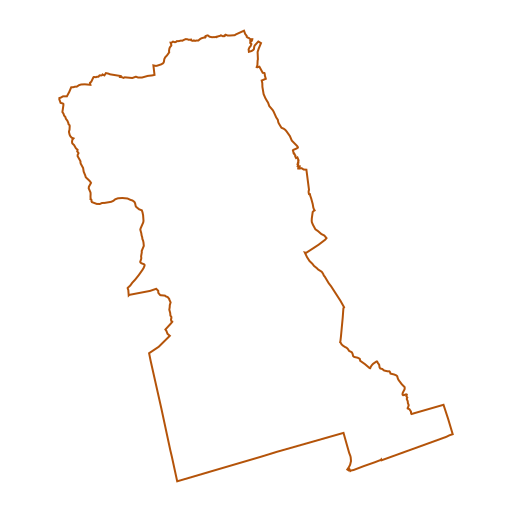 Ceptura, Prahova, Romania (Equal Earth projection)
{"feature_id": "2599482B71736492781600", "entity_name": "Ceptura", "entity_type": "district", "adm_level": 2, "iso_a3": "ROU", "parent_name": "Romania", "parent_adm1": "Prahova", "projection": "equal_earth", "projection_center": [26.322, 45.023], "detail": "fine", "context": "isolated", "style": "outline", "palette": "amber", "viewbox_px": 512, "rotation_deg": 0, "n_neighbors": 0, "source": "geoboundaries", "source_scale": "gbopen_adm2", "svg_char_len": 5858}
<svg xmlns="http://www.w3.org/2000/svg" viewBox="0 0 512 512"><path d="M452.7,434.2L448.1,418.8L443.5,404.8L411.5,414.0L411.0,413.0L411.0,411.7L410.7,411.2L409.4,409.2L407.7,408.5L407.6,408.2L408.2,406.9L408.7,405.1L407.9,403.2L407.7,401.1L406.8,399.2L406.8,398.7L407.3,397.5L406.4,396.4L406.8,394.6L406.1,394.3L404.0,395.1L403.1,395.2L402.6,394.7L402.5,394.0L402.8,392.7L404.6,389.2L404.7,388.1L404.6,387.1L401.8,384.3L398.7,380.2L397.9,378.7L397.2,376.2L396.3,375.4L394.2,374.5L390.5,373.6L390.0,372.1L389.4,371.3L387.6,371.3L384.9,370.7L383.9,370.4L382.3,369.0L380.3,368.5L379.6,367.5L379.1,364.6L377.9,363.1L377.2,361.6L376.9,361.4L376.3,361.6L373.1,363.8L371.8,365.2L370.8,366.7L370.2,368.2L369.6,368.1L364.9,364.1L360.2,360.8L359.8,358.9L359.4,358.6L357.6,357.7L354.4,357.0L353.7,356.6L353.1,356.0L352.6,353.9L351.9,352.4L351.1,351.9L349.1,350.9L347.8,348.9L346.5,347.7L345.0,347.0L342.9,345.6L341.5,344.3L340.8,342.9L340.1,342.2L340.4,341.2L340.9,336.9L342.7,317.8L343.4,308.2L344.1,307.3L340.4,300.7L331.1,286.3L328.7,283.2L324.7,276.5L323.9,275.7L323.2,274.0L322.0,272.1L321.3,271.5L318.0,269.4L316.9,268.2L314.0,265.9L312.4,263.8L309.5,261.0L307.0,257.1L304.8,252.5L306.2,252.8L318.5,244.8L325.2,239.7L326.5,238.1L324.3,235.5L321.3,234.0L318.0,231.1L315.4,229.3L313.0,224.9L311.9,222.3L311.7,220.9L311.8,218.4L312.7,212.0L313.7,210.9L314.6,210.4L313.8,209.0L313.3,207.5L312.7,204.0L311.2,198.5L310.2,195.6L309.9,194.1L309.0,194.1L308.7,192.9L308.6,191.9L308.7,190.8L309.0,189.9L306.4,169.7L303.6,169.5L301.6,168.2L299.2,168.6L298.2,168.5L298.3,167.4L298.9,167.5L299.1,167.2L299.5,167.2L299.7,166.3L297.7,166.1L298.2,164.2L297.6,164.1L298.1,162.0L298.4,162.0L298.4,160.8L298.2,160.3L298.5,160.1L297.4,157.4L296.1,158.1L295.2,156.4L295.4,155.5L293.9,153.7L294.2,153.5L293.4,152.3L292.9,150.3L293.3,149.9L296.6,148.5L297.9,147.6L297.8,147.0L297.1,146.0L291.8,140.6L289.9,136.1L286.5,131.3L285.3,129.9L283.7,128.7L281.5,127.8L280.6,126.4L278.8,123.4L278.3,122.3L277.8,119.8L276.2,117.4L273.7,111.8L272.8,110.2L269.3,106.1L268.0,102.5L267.0,101.0L265.3,98.0L263.6,94.1L262.4,86.9L262.3,83.1L261.7,80.5L265.8,78.8L264.9,75.7L264.7,73.9L264.4,73.0L262.7,72.8L259.4,66.7L257.2,67.3L256.7,67.1L257.4,65.2L257.6,60.7L257.9,59.3L257.6,52.0L258.7,48.6L261.0,43.1L258.3,41.5L254.7,45.5L254.3,46.4L253.9,49.1L253.3,49.9L251.6,51.0L248.9,51.8L248.6,49.4L249.5,47.3L250.5,46.3L251.4,44.1L251.3,43.8L250.2,43.0L250.2,42.6L250.8,41.6L250.2,40.9L250.4,40.7L251.3,41.2L251.6,41.1L252.2,39.9L252.3,39.2L251.8,39.2L251.3,40.5L251.0,40.4L250.8,40.2L250.9,39.6L250.7,39.3L249.6,38.7L248.9,38.0L247.5,37.5L246.7,36.8L246.7,35.9L245.2,34.0L244.0,30.7L235.9,34.4L234.7,35.2L230.3,35.5L227.5,35.5L225.6,34.7L224.6,35.4L224.7,36.0L224.3,36.2L222.7,36.2L220.9,35.3L220.0,35.9L218.6,36.2L218.2,36.4L217.3,36.5L216.7,37.1L216.3,36.8L215.2,37.1L211.9,37.2L209.5,36.7L208.0,35.5L207.4,35.4L205.5,36.1L205.3,36.4L205.5,37.2L205.1,37.6L204.1,37.5L201.4,38.3L199.9,39.2L198.4,40.5L196.5,40.5L195.0,40.9L193.9,40.4L193.2,40.8L192.4,40.8L191.2,40.3L191.1,39.6L188.7,39.8L187.5,39.3L185.7,39.1L183.2,40.2L182.5,40.7L180.9,40.6L178.9,41.1L176.7,41.2L176.3,41.7L175.5,42.1L174.3,42.1L173.0,41.6L171.5,42.7L170.6,42.7L171.3,44.9L171.3,45.6L169.9,47.3L169.4,48.6L169.0,51.0L169.2,52.3L167.0,55.4L165.2,57.3L164.3,59.1L163.9,61.8L163.5,62.7L162.9,63.4L161.1,64.4L156.8,65.8L155.7,65.9L153.4,65.4L154.5,74.9L152.3,75.4L147.8,75.9L142.1,77.5L138.0,77.5L135.9,76.7L132.3,78.0L124.7,77.3L123.6,77.9L121.9,77.2L120.2,77.0L120.7,76.1L120.4,76.0L110.0,74.3L108.3,73.6L105.9,73.1L104.4,75.4L102.6,74.5L102.4,75.0L101.9,75.2L101.1,75.5L99.8,75.3L99.4,75.5L98.5,76.7L96.8,76.8L96.0,77.2L93.8,77.0L93.4,77.3L91.3,81.7L90.0,82.8L90.4,84.8L84.7,84.3L81.1,84.5L79.1,85.1L76.7,86.7L74.9,86.7L73.4,87.2L71.2,87.3L69.3,91.8L66.9,96.3L63.1,96.3L60.6,97.7L59.4,98.0L59.3,99.3L60.6,102.9L62.6,103.4L63.3,103.8L63.4,104.1L63.4,105.2L62.4,112.0L63.5,113.7L64.1,115.6L65.3,116.9L65.9,118.8L67.3,120.6L68.3,122.9L68.5,124.1L69.6,125.3L69.7,126.3L69.5,129.8L69.0,131.4L69.0,132.1L69.6,134.7L70.4,136.3L71.7,137.7L73.5,138.4L73.1,138.9L72.6,139.2L72.3,140.0L72.0,141.9L72.3,143.4L74.1,145.1L75.9,148.3L77.6,149.8L77.2,151.4L78.4,152.8L78.5,153.3L77.7,154.7L77.6,156.1L80.0,160.4L80.5,161.4L80.4,162.0L80.7,163.6L83.1,168.0L83.7,171.7L85.2,175.3L85.8,177.3L89.1,180.4L90.2,181.6L91.0,182.9L88.9,186.7L88.7,188.3L90.5,192.5L90.6,194.0L90.5,196.4L90.6,198.6L90.5,199.1L91.0,199.3L91.5,200.0L91.5,201.3L91.9,202.1L96.7,203.9L99.8,204.0L102.0,203.0L104.7,202.9L111.2,201.8L113.4,200.8L115.2,199.3L117.9,198.3L122.3,198.0L127.5,198.5L130.3,199.8L132.5,200.5L134.4,201.9L135.1,203.3L135.7,206.1L136.2,206.9L139.1,209.3L141.8,210.3L142.5,212.3L143.1,215.3L143.5,220.9L143.2,222.5L140.6,228.4L140.3,229.7L141.3,233.3L141.6,235.4L142.2,237.3L142.4,239.0L143.1,240.7L143.5,242.6L143.8,245.9L141.7,251.0L141.8,252.3L141.1,256.3L141.3,258.0L141.2,258.9L140.2,261.9L140.6,262.6L141.3,263.2L144.1,264.3L144.6,265.0L144.5,265.8L143.6,268.0L142.3,270.1L138.7,275.2L135.2,279.6L132.3,282.7L130.3,285.5L127.7,287.9L127.7,288.4L128.3,290.1L128.7,295.4L129.1,295.0L130.2,294.7L150.1,290.9L156.2,288.8L158.2,290.8L158.3,292.8L160.0,294.9L160.5,295.2L164.9,295.6L165.7,296.3L167.7,297.1L169.2,298.9L169.3,299.6L170.6,302.4L169.8,305.1L169.7,307.1L169.3,309.7L170.2,313.0L170.4,315.6L171.3,316.8L171.4,318.0L171.0,319.2L171.2,320.7L171.5,321.3L172.3,321.6L172.3,321.8L170.8,323.6L165.4,329.5L166.4,330.9L167.5,333.8L169.8,335.8L158.7,346.8L149.1,353.2L150.6,360.7L161.4,408.7L170.3,450.2L171.9,456.9L177.2,481.3L261.1,456.7L276.6,451.9L343.5,432.9L349.1,452.7L350.4,456.1L350.7,457.5L351.0,461.1L350.1,464.8L348.8,467.3L347.3,469.5L348.7,470.4L349.6,469.5L350.3,471.0L351.1,470.5L353.6,470.0L363.8,466.1L374.7,462.3L380.9,459.9L381.2,459.5L381.5,460.3L446.4,436.8L449.4,435.3L452.7,434.2Z" fill="none" stroke="#b45309" stroke-width="2"/></svg>